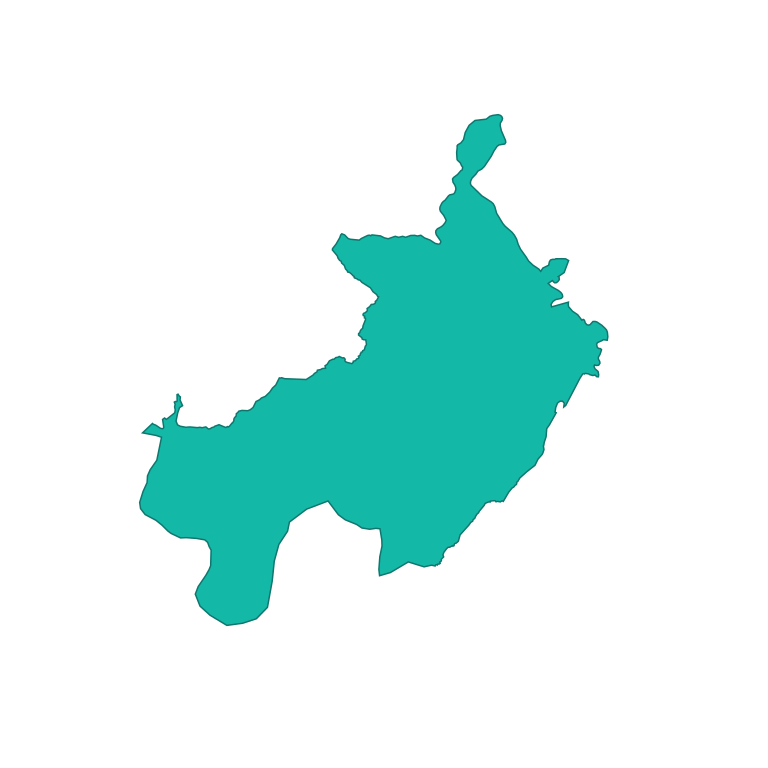 Kpandai, Northern, Ghana, rotated 123°
{"feature_id": "2480657B93484130612637", "entity_name": "Kpandai", "entity_type": "district", "adm_level": 2, "iso_a3": "GHA", "parent_name": "Ghana", "parent_adm1": "Northern", "projection": "albers", "projection_center": [-0.12, 8.387], "detail": "fine", "context": "isolated", "style": "filled", "palette": "teal", "viewbox_px": 768, "rotation_deg": 123, "n_neighbors": 0, "source": "geoboundaries", "source_scale": "gbopen_adm2", "svg_char_len": 6165}
<svg xmlns="http://www.w3.org/2000/svg" viewBox="0 0 768 768"><g transform="rotate(123 384 384)"><path d="M225.7,220.6L222.5,222.0L219.0,224.8L217.6,226.6L216.9,228.9L216.1,233.4L216.0,239.2L216.6,241.1L217.8,242.8L222.0,243.5L223.1,244.4L223.8,246.0L223.1,248.6L221.8,250.0L221.2,251.4L221.4,252.2L222.7,252.8L220.4,259.3L220.3,265.5L218.6,271.4L216.5,273.1L214.9,273.9L228.1,285.5L226.1,287.3L222.6,287.2L219.7,286.0L215.6,281.9L213.7,281.6L213.0,282.0L211.7,283.4L210.9,285.5L210.6,288.3L211.1,296.8L210.2,301.1L205.5,299.1L206.1,297.3L206.2,296.0L205.4,294.8L203.6,294.0L201.0,293.8L198.9,295.5L199.0,296.3L192.4,293.6L179.9,296.4L180.1,299.8L181.8,302.7L185.4,308.1L186.6,308.8L187.6,310.5L189.3,311.9L191.3,311.9L194.7,310.6L200.2,313.9L204.2,313.9L203.3,316.7L203.2,323.9L202.1,329.7L200.1,333.9L196.6,342.9L193.7,347.6L190.2,351.8L188.1,355.9L187.0,359.3L185.7,368.4L184.7,371.7L179.5,382.5L174.9,387.7L173.3,390.6L172.9,393.0L172.9,404.3L170.0,419.1L168.8,420.7L166.7,421.8L163.5,422.3L157.8,421.2L154.4,421.2L150.5,419.1L146.8,418.3L134.6,418.1L128.7,418.7L123.1,418.6L120.8,417.7L116.9,413.4L115.0,413.5L113.5,414.8L107.6,423.6L104.0,427.3L101.9,428.5L98.5,428.6L96.6,429.3L95.5,431.0L95.3,432.5L95.9,434.9L99.5,439.1L101.8,441.0L106.2,442.5L113.4,451.2L120.7,453.5L128.7,452.9L135.8,450.4L139.9,450.8L143.2,452.4L144.5,452.4L146.0,451.3L150.4,449.1L155.9,445.0L156.3,444.3L157.0,440.4L158.7,437.8L159.3,436.1L161.9,435.0L163.1,435.7L168.2,436.4L172.9,438.1L174.7,438.2L177.2,436.0L178.6,432.9L180.2,430.8L181.7,429.7L184.8,428.9L186.7,429.1L189.6,431.9L191.1,432.4L196.8,432.9L198.6,433.7L200.9,434.0L205.1,433.4L207.0,432.4L208.4,430.8L210.1,425.7L212.8,421.0L215.4,420.6L218.5,420.9L220.7,421.5L224.7,423.7L227.1,424.0L228.7,423.2L230.3,421.5L233.2,414.4L233.9,413.7L236.1,413.5L237.1,414.5L238.2,417.7L238.2,423.8L239.4,429.5L239.2,434.1L241.7,436.6L242.6,439.2L244.9,442.5L249.2,445.8L250.0,448.8L253.0,451.6L254.0,455.0L259.9,459.6L261.2,463.3L261.7,467.6L265.4,475.1L266.0,475.7L266.8,475.7L267.2,477.4L268.3,478.6L274.4,482.3L276.8,483.1L281.1,491.4L281.5,493.5L280.4,498.2L281.0,501.2L282.6,501.5L285.3,500.8L292.8,500.4L298.4,500.9L299.7,500.3L302.0,492.9L303.4,491.3L304.5,488.6L304.4,486.7L305.6,485.5L306.2,481.9L308.5,478.9L309.0,476.6L309.9,475.5L309.2,473.7L309.5,471.1L310.1,468.8L310.0,467.5L311.0,467.0L311.1,466.5L310.5,463.7L310.7,462.4L310.0,460.7L310.8,458.0L310.7,447.8L312.6,443.5L313.0,438.9L314.0,437.0L313.8,436.0L317.7,435.7L319.5,436.3L320.2,435.6L321.6,435.5L323.0,436.4L324.2,438.0L327.0,438.2L329.9,439.3L331.1,438.2L332.2,437.9L334.7,438.7L335.7,439.5L336.9,439.6L337.9,438.7L337.6,437.1L339.2,436.5L339.0,435.3L340.0,434.6L346.5,433.3L349.0,432.2L350.6,432.8L352.6,432.8L354.2,432.3L355.5,432.8L356.8,432.0L357.2,427.8L358.2,426.8L358.0,425.3L356.9,423.3L360.2,420.4L361.5,420.0L362.4,420.3L366.1,419.1L367.7,420.0L368.8,419.6L369.9,420.5L371.0,420.1L371.6,420.3L372.7,419.7L374.7,420.6L375.2,419.5L376.5,419.4L377.8,420.5L380.0,420.7L381.7,422.2L382.5,421.6L384.4,422.0L386.1,427.1L386.2,428.7L385.5,429.7L384.5,430.0L384.0,430.9L383.9,432.0L384.8,433.1L385.3,436.6L386.3,436.9L388.1,438.8L390.5,439.4L391.0,440.4L394.3,442.4L398.7,442.4L400.8,443.4L402.6,441.6L404.7,444.2L406.4,445.0L408.7,447.4L410.3,446.8L413.1,448.1L415.3,448.4L422.6,451.7L433.6,470.1L434.5,473.3L435.2,473.8L435.9,475.1L443.8,474.2L448.1,475.3L452.9,475.4L459.0,476.8L462.5,479.2L465.0,479.8L468.4,481.8L475.0,481.0L478.5,482.2L480.6,483.7L483.5,488.7L485.9,491.0L487.8,491.1L489.2,491.7L491.4,490.6L493.8,491.0L495.2,490.8L496.6,489.9L499.2,489.8L499.5,490.2L503.6,490.6L504.9,491.3L504.9,492.0L506.7,493.1L508.0,500.2L511.7,503.0L512.7,503.2L514.3,504.6L516.4,505.6L517.4,506.8L517.0,510.0L519.7,512.7L520.6,514.9L522.2,516.7L525.8,523.5L528.2,526.6L530.4,531.9L530.7,534.9L528.4,538.2L520.5,541.3L515.1,542.6L511.9,541.1L508.4,546.4L505.7,547.7L505.6,549.2L504.7,551.2L505.6,551.8L511.0,548.2L512.1,548.7L512.3,549.5L513.4,550.0L514.9,548.0L517.2,547.2L519.4,545.0L522.1,543.8L531.3,546.9L532.2,547.4L532.0,549.5L534.3,550.4L540.3,545.1L541.7,545.0L542.4,545.8L542.9,547.4L542.8,552.9L543.4,555.8L543.2,556.7L556.5,559.9L551.3,547.2L549.8,541.6L571.7,533.0L583.2,533.4L589.9,532.3L595.7,529.0L605.5,527.5L616.4,524.4L621.1,520.3L623.6,513.2L622.5,501.1L623.3,493.3L625.0,485.3L625.3,481.3L623.9,470.8L620.6,466.2L615.6,457.1L612.3,449.4L612.9,445.6L615.6,442.1L617.5,438.5L630.8,430.4L635.1,429.6L641.7,429.2L655.1,429.5L663.0,427.8L670.5,417.3L672.7,403.8L672.0,384.3L661.6,372.2L650.4,363.2L634.8,360.1L610.2,370.4L592.2,379.6L575.8,384.8L560.0,384.7L551.3,388.1L531.0,380.7L512.6,367.2L518.5,351.1L519.0,342.5L516.7,330.4L516.8,324.1L513.6,316.9L509.5,312.2L507.6,308.5L516.1,300.8L521.0,297.4L531.2,293.4L542.3,287.3L547.2,283.3L538.6,275.9L520.0,266.7L515.5,250.8L510.0,245.4L508.8,242.0L507.7,242.2L506.8,241.5L506.9,240.8L506.0,240.9L504.7,239.5L503.8,239.2L503.1,240.3L501.8,239.6L500.6,239.8L499.8,240.5L496.5,239.8L495.2,241.5L492.6,242.1L488.2,241.8L486.2,241.4L485.0,239.9L482.3,238.5L482.5,237.9L481.5,237.2L480.0,237.8L479.1,237.6L478.0,236.7L475.4,236.0L469.1,238.0L455.6,235.9L453.0,235.9L450.7,234.9L449.2,235.4L447.3,234.7L445.3,235.1L442.2,235.1L440.5,234.5L439.0,234.8L431.5,233.9L429.0,234.1L426.0,232.1L425.1,230.7L424.5,231.1L422.8,229.3L421.4,227.3L421.8,225.9L420.8,225.2L419.5,222.2L417.6,221.3L417.5,220.0L406.9,220.5L401.4,219.9L400.0,219.1L397.4,218.8L396.4,218.3L395.5,218.3L394.2,219.2L392.8,218.7L388.8,218.9L380.0,216.5L369.9,213.1L363.1,213.9L357.0,213.0L355.2,213.2L351.9,214.1L349.0,216.7L348.4,216.6L345.7,217.8L340.0,219.3L332.8,223.2L328.1,223.0L314.3,223.9L314.5,225.2L310.1,227.2L305.4,228.1L302.5,227.0L301.2,224.9L301.9,222.4L305.4,220.7L303.0,219.9L272.3,222.8L267.2,222.8L266.5,222.0L266.5,221.4L265.6,221.1L264.1,218.0L264.1,216.4L263.1,213.4L261.6,212.0L262.0,209.4L261.2,208.1L259.3,209.0L256.9,211.3L256.3,215.4L254.9,217.4L253.4,217.8L252.7,215.8L251.3,214.2L248.9,214.2L247.5,215.5L246.4,217.7L244.8,218.8L241.4,219.0L236.8,220.2L236.4,221.6L237.3,223.5L237.0,225.3L234.7,227.4L233.0,227.5L228.4,224.5L227.4,224.3L225.7,220.6Z" fill="#14b8a6" stroke="#0f766e" stroke-width="1.5"/></g></svg>